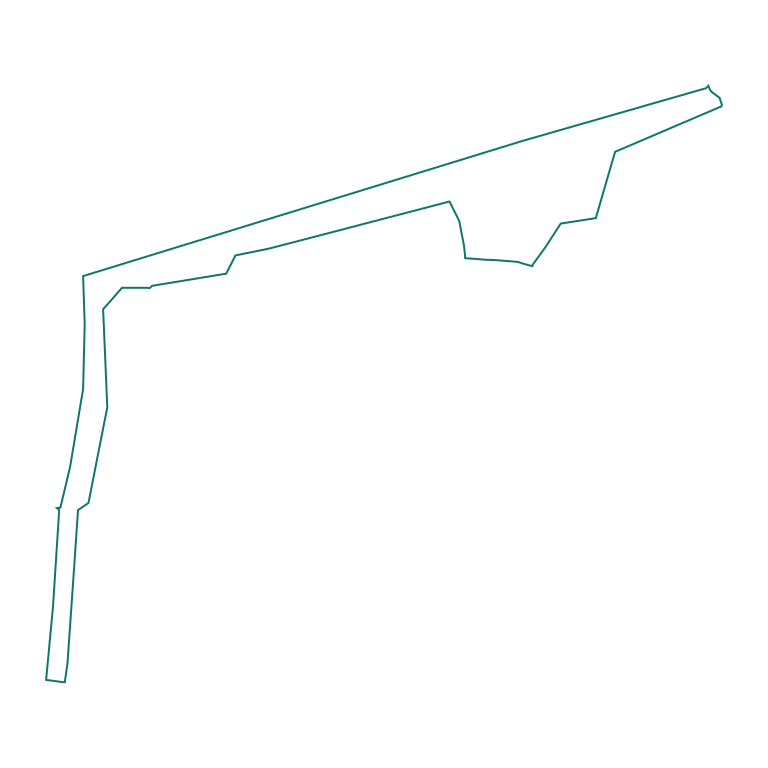 outline of John Compton Highway, Castries, Saint Lucia
{"feature_id": "8701671B24659660179823", "entity_name": "John Compton Highway", "entity_type": "district", "adm_level": 2, "iso_a3": "LCA", "parent_name": "Saint Lucia", "parent_adm1": "Castries", "projection": "robinson", "projection_center": [-60.989, 14.019], "detail": "fine", "context": "isolated", "style": "outline", "palette": "teal", "viewbox_px": 768, "rotation_deg": 0, "n_neighbors": 0, "source": "geoboundaries", "source_scale": "gbopen_adm2", "svg_char_len": 868}
<svg xmlns="http://www.w3.org/2000/svg" viewBox="0 0 768 768"><path d="M46.1,679.9L63.4,682.2L64.8,682.2L67.5,663.0L74.2,566.6L78.0,510.1L84.6,505.6L88.5,502.9L97.1,459.0L107.3,407.3L104.0,329.8L103.1,309.3L122.0,287.8L147.1,287.8L149.7,288.1L150.6,287.2L152.1,285.8L213.1,275.8L226.2,273.7L227.1,271.9L235.5,255.4L269.4,248.5L287.8,243.7L296.0,241.6L449.5,201.5L459.2,220.9L464.0,245.7L464.7,252.2L465.2,258.1L466.8,258.3L471.9,258.7L475.6,258.9L484.9,259.7L495.7,260.1L517.8,261.9L523.3,263.7L532.3,266.2L532.8,264.6L545.2,247.5L560.7,223.6L595.8,218.1L615.1,151.8L721.5,106.3L721.9,104.4L721.4,103.4L719.6,97.9L711.4,91.7L709.9,89.6L708.4,85.8L706.0,88.2L522.5,140.9L83.1,276.1L84.7,324.3L83.1,389.1L70.1,466.9L60.4,507.6L57.0,508.1L58.1,509.0L59.2,510.1L54.4,584.9L52.9,608.1L50.3,635.2L48.0,660.0L46.1,679.9Z" fill="none" stroke="#0f766e" stroke-width="2"/></svg>